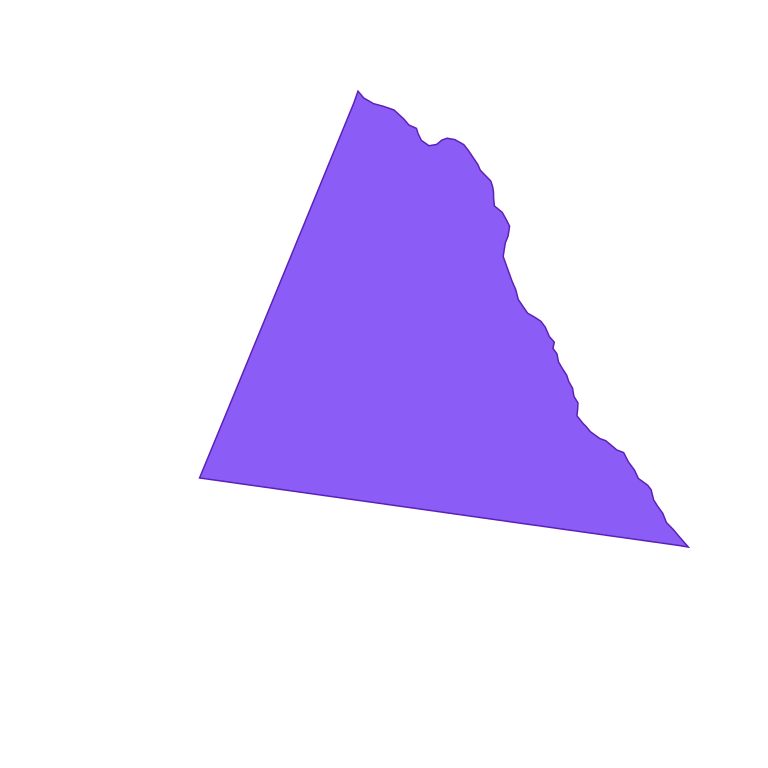 Afonso Cunha, Maranhão, Brazil, rotated 335°
{"feature_id": "56859067B15383644969550", "entity_name": "Afonso Cunha", "entity_type": "district", "adm_level": 2, "iso_a3": "BRA", "parent_name": "Brazil", "parent_adm1": "Maranhão", "projection": "albers", "projection_center": [-43.24, -4.219], "detail": "fine", "context": "isolated", "style": "filled", "palette": "violet", "viewbox_px": 768, "rotation_deg": 335, "n_neighbors": 0, "source": "geoboundaries", "source_scale": "gbopen_adm2", "svg_char_len": 1131}
<svg xmlns="http://www.w3.org/2000/svg" viewBox="0 0 768 768"><g transform="rotate(335 384 384)"><path d="M590.9,660.4L589.0,653.9L587.0,646.9L584.7,638.2L581.4,628.9L582.0,619.1L580.3,610.3L579.4,602.9L581.4,592.8L580.2,587.2L574.6,577.1L574.6,567.8L572.6,558.1L572.2,547.4L567.1,542.2L564.6,536.7L561.0,529.1L556.5,524.6L550.9,514.5L549.5,508.9L547.7,503.8L545.4,494.3L548.8,488.8L551.8,483.1L550.9,475.6L553.1,467.4L552.5,459.9L553.3,453.2L552.2,445.4L551.5,437.5L553.5,429.9L552.2,423.1L556.0,418.1L553.9,410.8L554.2,400.6L552.7,393.5L549.4,388.1L544.1,380.5L541.4,364.2L543.3,354.0L543.5,344.9L545.9,318.8L553.5,307.5L559.2,302.1L564.5,294.1L564.3,286.7L563.7,278.4L559.3,269.3L562.0,261.6L564.3,256.5L565.8,251.2L566.6,245.3L561.6,230.9L561.8,224.8L559.2,208.2L557.5,200.8L551.5,192.4L545.0,187.9L539.5,187.4L532.9,189.1L525.5,187.1L520.8,179.0L520.7,171.6L521.4,166.0L516.0,159.7L513.9,152.1L508.9,139.9L500.4,131.7L492.9,125.4L486.5,116.2L484.2,107.6L475.5,116.5L372.9,211.1L369.0,214.6L361.6,221.5L230.4,342.3L177.1,391.2L456.6,572.9L583.2,655.1L590.9,660.4Z" fill="#8b5cf6" stroke="#5b21b6" stroke-width="1.5"/></g></svg>